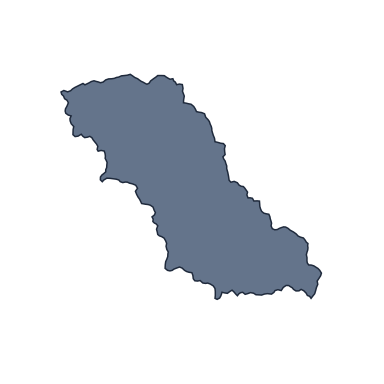 the district of Alvinópolis, Minas Gerais, Brazil, rotated 62°
{"feature_id": "56859067B9010081641280", "entity_name": "Alvinópolis", "entity_type": "district", "adm_level": 2, "iso_a3": "BRA", "parent_name": "Brazil", "parent_adm1": "Minas Gerais", "projection": "albers", "projection_center": [-43.147, -20.111], "detail": "fine", "context": "isolated", "style": "filled", "palette": "slate", "viewbox_px": 384, "rotation_deg": 62, "n_neighbors": 0, "source": "geoboundaries", "source_scale": "gbopen_adm2", "svg_char_len": 4049}
<svg xmlns="http://www.w3.org/2000/svg" viewBox="0 0 384 384"><g transform="rotate(62 192 192)"><path d="M341.8,136.8L340.7,134.4L339.4,131.4L337.2,129.2L334.7,126.9L332.6,124.3L329.4,123.3L327.9,120.5L326.3,117.7L324.4,115.8L321.1,116.0L318.6,116.7L316.9,117.7L314.4,119.1L312.5,121.0L311.2,123.2L308.7,123.5L306.7,122.8L304.0,121.3L301.1,120.5L299.4,119.0L297.6,117.1L295.7,115.8L293.7,115.1L291.9,113.8L290.0,114.6L287.7,114.7L284.9,115.2L282.8,117.4L280.7,119.0L277.9,119.7L274.9,121.2L271.9,123.2L269.1,124.3L266.9,125.8L265.8,127.5L265.4,129.8L265.1,132.0L265.2,134.3L264.2,136.7L262.1,138.3L259.1,138.1L256.9,136.4L254.8,135.9L252.5,135.5L250.3,134.8L247.7,134.6L246.0,136.8L244.3,138.6L241.7,139.6L239.0,139.4L236.6,138.9L234.2,137.8L231.7,136.7L230.5,138.5L229.0,141.6L225.9,141.6L224.4,143.4L223.5,145.3L220.3,144.9L218.2,143.0L215.6,143.3L213.2,143.6L211.3,144.1L210.0,145.9L208.0,147.2L205.1,147.6L202.4,149.8L201.6,153.1L199.0,153.7L195.1,152.3L191.4,151.2L187.7,150.4L185.3,149.1L182.5,148.7L180.3,148.2L177.9,148.5L175.5,148.2L174.5,145.2L171.7,144.2L169.0,143.0L166.7,140.9L164.0,141.5L162.4,143.8L160.6,145.6L158.4,148.1L155.1,146.9L152.0,146.6L149.3,146.1L147.0,145.6L145.1,144.7L143.1,144.2L140.8,144.1L137.9,143.6L135.6,143.9L132.5,144.8L128.8,144.2L126.3,146.3L124.8,148.4L123.1,150.3L120.3,150.1L117.3,150.3L114.1,151.6L112.4,153.7L110.8,155.5L109.2,157.6L106.8,156.2L103.7,153.8L100.8,153.4L98.6,153.1L96.3,151.3L92.6,150.1L90.8,152.4L90.0,155.2L87.2,155.1L85.2,156.0L83.0,155.7L82.1,158.5L80.1,159.8L78.4,160.8L76.3,161.8L74.6,164.7L73.1,167.6L73.6,170.0L73.9,172.7L74.5,176.4L75.8,178.8L75.7,181.2L73.9,182.5L72.1,183.6L70.6,184.8L68.5,185.9L66.5,186.8L64.1,188.7L61.5,190.0L59.1,191.3L58.5,194.3L57.4,197.1L56.3,199.8L56.1,202.9L55.4,204.9L55.2,207.2L54.2,210.0L53.0,212.5L52.5,215.5L53.2,218.9L52.5,221.6L50.9,223.0L49.3,224.8L47.8,226.3L47.2,229.1L47.3,231.8L47.2,233.9L47.1,236.2L45.0,237.3L44.9,239.8L44.8,242.9L44.7,246.4L44.9,249.1L45.6,251.6L45.2,254.8L42.2,257.5L42.2,260.7L44.6,261.2L47.0,260.4L49.8,260.7L52.3,259.3L55.2,259.3L57.5,262.1L59.2,264.7L61.0,266.0L63.2,266.5L65.9,265.2L68.1,263.0L69.9,265.3L72.0,266.2L75.0,266.6L78.7,265.7L81.0,267.6L83.4,269.0L85.5,270.2L88.2,269.2L89.2,266.3L89.0,262.7L91.5,262.2L93.6,261.2L94.5,258.6L94.9,256.1L97.1,254.9L99.6,254.8L102.2,254.3L104.7,253.8L107.4,253.7L109.9,255.8L111.9,255.7L112.6,252.8L114.6,250.3L117.2,250.7L119.6,251.6L121.6,252.9L123.8,252.9L126.1,253.1L127.8,254.3L130.4,255.9L131.8,257.7L133.7,258.7L134.3,261.2L134.7,263.6L135.8,265.8L138.2,267.2L140.8,266.4L140.0,264.2L139.8,260.8L141.3,258.2L143.0,255.8L145.1,252.9L147.0,251.0L149.2,250.5L151.2,248.7L151.9,246.2L153.0,244.4L154.8,243.1L156.8,240.8L159.6,238.5L163.1,238.3L164.8,241.6L168.2,242.0L171.4,242.0L173.3,241.7L175.3,241.7L178.5,241.9L180.9,238.9L182.5,236.6L184.1,235.0L187.0,233.5L190.6,234.0L193.0,234.0L194.6,235.9L195.2,239.0L197.7,239.0L199.7,240.4L201.7,239.8L203.4,238.6L205.8,238.1L208.2,240.8L211.2,241.5L213.4,242.2L215.4,241.4L217.1,239.8L219.6,238.3L222.7,238.2L225.4,238.5L227.8,240.4L230.9,241.2L233.8,241.1L235.4,242.4L237.6,243.7L239.5,245.8L241.1,247.9L243.3,249.5L245.1,250.6L246.8,251.6L249.7,250.4L251.3,248.5L251.9,246.3L251.6,244.1L251.9,241.5L252.4,238.2L254.6,236.4L257.6,235.4L259.7,234.1L261.4,232.4L263.2,230.0L266.1,230.4L269.2,231.6L271.7,231.2L273.2,229.0L274.0,226.4L277.4,225.2L279.1,222.9L279.7,221.0L281.8,219.1L284.9,217.3L288.0,217.0L290.7,218.1L294.3,220.0L296.7,221.6L298.6,220.2L298.6,217.4L297.4,215.5L296.1,214.0L294.6,212.6L296.3,210.7L298.1,208.3L297.6,205.2L297.5,202.7L300.2,201.8L302.6,201.3L304.9,200.6L303.9,198.4L303.7,196.3L304.4,194.3L307.3,193.1L307.9,190.4L308.3,187.6L310.3,185.1L312.7,183.8L314.3,181.1L315.7,178.9L316.1,176.0L317.1,173.2L319.5,169.7L319.1,166.8L318.0,165.0L318.6,162.0L320.9,159.5L319.1,156.2L318.7,152.8L320.0,150.5L321.8,149.6L323.7,148.4L325.6,148.1L328.1,146.7L329.5,144.0L329.2,141.4L331.6,139.7L334.9,138.7L337.5,138.7L339.3,137.1L341.8,136.8Z" fill="#64748b" stroke="#1e293b" stroke-width="1.5"/></g></svg>